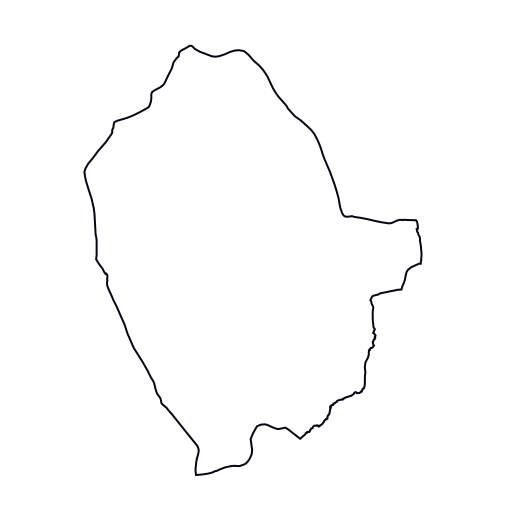 Kham Sakaesaeng, Nakhon Ratchasima, Thailand, rotated 266°
{"feature_id": "78962969B43347234276039", "entity_name": "Kham Sakaesaeng", "entity_type": "district", "adm_level": 2, "iso_a3": "THA", "parent_name": "Thailand", "parent_adm1": "Nakhon Ratchasima", "projection": "mercator", "projection_center": [102.11, 15.372], "detail": "fine", "context": "isolated", "style": "outline", "palette": "ink", "viewbox_px": 512, "rotation_deg": 266, "n_neighbors": 0, "source": "geoboundaries", "source_scale": "gbopen_adm2", "svg_char_len": 5902}
<svg xmlns="http://www.w3.org/2000/svg" viewBox="0 0 512 512"><g transform="rotate(266 256 256)"><path d="M461.2,258.3L462.0,255.4L462.4,253.7L462.5,251.7L462.5,250.5L462.3,248.0L461.9,246.9L461.4,244.3L459.4,239.0L458.0,233.5L457.7,231.2L457.7,228.8L458.4,225.7L463.5,214.6L466.7,209.6L469.5,207.2L470.2,206.1L470.3,204.4L468.7,201.4L466.1,195.5L464.4,193.5L464.0,193.6L463.5,193.5L460.3,192.6L460.1,192.4L459.9,191.9L459.3,191.0L455.0,187.3L448.8,185.0L441.2,180.4L435.4,177.2L433.7,176.0L432.6,174.7L430.8,171.9L428.4,166.4L426.9,163.9L425.6,163.2L424.5,162.8L422.0,162.7L419.5,162.4L417.0,161.8L413.1,160.1L412.2,159.5L411.2,157.9L407.7,150.4L404.8,143.2L403.4,139.0L402.5,135.8L400.7,127.5L399.8,124.9L399.5,124.3L398.4,123.6L396.8,123.2L393.8,122.6L392.1,121.5L390.7,121.2L389.3,121.2L387.9,120.5L379.8,113.9L372.1,106.1L366.2,101.1L359.7,95.0L355.4,92.1L352.2,90.7L346.2,91.1L341.9,91.8L333.4,93.8L324.5,96.0L314.9,97.5L309.4,97.8L295.1,97.6L288.5,97.5L286.5,97.9L282.5,98.1L268.2,97.1L263.9,96.3L259.7,98.4L254.1,102.0L251.4,103.1L250.9,103.3L249.7,104.0L249.1,104.2L249.0,104.5L249.0,105.2L248.9,105.2L248.0,105.3L247.9,105.4L247.9,106.2L247.7,106.3L245.8,106.4L244.8,106.1L243.6,105.9L242.3,106.1L241.3,105.9L240.5,105.6L239.9,105.5L237.3,105.5L236.9,105.5L233.5,106.5L226.3,109.2L221.4,110.9L216.7,112.9L197.1,120.0L187.6,122.4L172.7,127.7L158.0,135.6L148.2,140.3L144.8,141.6L141.7,142.9L138.5,144.7L136.4,145.5L131.3,146.3L125.8,147.6L120.8,150.7L118.8,151.1L115.8,151.4L114.2,152.6L110.8,156.2L108.9,157.4L103.3,161.6L84.9,174.3L70.6,184.3L68.4,185.0L66.5,185.3L65.4,185.2L64.1,185.0L58.3,183.0L55.0,182.1L47.6,180.8L45.4,180.7L41.7,180.9L41.8,187.1L42.2,192.3L42.7,195.8L43.4,198.3L44.1,199.7L44.6,202.6L45.4,204.3L46.0,206.1L47.2,210.2L47.9,214.4L47.9,214.8L48.2,216.9L48.2,219.0L48.2,220.1L47.7,223.0L47.6,224.4L47.6,225.2L48.9,229.6L49.5,231.0L50.4,232.2L51.6,233.5L53.7,235.2L55.5,236.3L57.4,237.3L58.5,237.8L60.6,238.3L61.9,238.5L63.8,238.6L65.9,238.4L69.3,238.2L73.9,237.9L79.4,240.7L85.2,244.5L86.0,245.1L87.1,248.0L87.3,248.9L87.5,250.2L87.4,252.1L87.5,253.2L87.4,253.4L86.7,255.5L84.4,259.7L82.7,263.2L82.0,265.2L81.9,265.8L81.9,266.7L82.1,269.1L82.7,272.7L82.7,273.2L82.4,273.7L80.8,276.0L70.8,287.1L70.6,287.3L70.7,287.6L72.8,290.0L74.1,292.1L76.1,293.6L76.1,293.8L76.0,294.3L76.1,294.5L76.7,294.7L76.9,294.8L76.7,296.7L76.8,297.0L77.0,297.2L77.7,297.4L77.9,297.6L78.5,297.8L79.1,298.5L79.9,298.9L80.3,299.5L80.2,300.1L80.3,300.3L80.8,300.7L81.6,301.0L82.1,301.4L82.3,301.8L82.5,302.1L82.7,302.8L82.4,304.6L82.5,304.8L82.8,305.0L82.7,305.9L82.4,306.3L82.2,306.4L81.6,306.4L81.5,306.5L81.5,307.1L81.7,307.5L82.2,307.7L82.3,307.8L82.9,308.8L83.4,309.9L84.0,310.6L84.9,311.3L86.1,312.4L86.9,312.6L87.3,313.0L87.9,314.3L88.5,314.5L88.7,315.4L88.6,315.7L88.6,315.8L89.1,316.0L89.5,315.8L90.1,315.8L90.3,316.1L92.0,316.7L92.3,317.4L93.3,317.9L93.8,318.4L94.8,318.5L97.3,319.2L98.4,319.3L98.9,319.9L99.3,320.1L99.8,320.1L100.2,320.1L100.3,319.9L100.3,319.4L100.6,319.4L101.0,319.8L101.1,320.4L101.8,320.7L102.0,321.0L102.0,321.3L101.8,321.8L101.8,322.0L102.2,322.3L102.2,322.7L102.7,322.9L103.3,322.9L103.5,323.0L103.6,323.8L103.5,324.2L103.6,324.4L104.4,325.1L104.5,325.5L104.8,326.3L105.4,326.5L106.0,327.2L106.4,329.0L106.7,329.8L106.6,330.2L106.6,330.7L106.7,331.2L106.9,331.5L106.7,332.5L106.8,332.6L107.2,332.5L107.4,332.6L107.3,333.1L107.6,333.4L107.7,333.8L107.9,333.9L108.0,334.4L108.3,334.7L108.4,335.3L108.9,336.1L108.9,336.9L109.5,339.0L109.8,341.0L110.0,341.4L110.3,341.7L110.9,342.9L111.5,343.9L112.5,344.3L112.7,344.6L112.9,345.1L113.3,345.7L113.3,345.9L113.0,346.4L112.2,346.9L112.1,347.4L112.2,349.8L112.3,350.1L113.0,350.8L113.4,352.2L113.6,352.2L114.0,351.9L114.8,352.8L115.7,352.9L116.0,353.2L116.4,353.7L116.4,353.9L116.4,354.3L118.6,355.2L120.4,355.6L128.6,356.3L132.2,357.0L137.4,356.8L139.0,357.1L142.2,357.8L142.9,358.1L146.4,360.4L149.2,361.5L154.1,362.1L154.2,362.3L154.3,363.0L155.2,363.1L155.5,363.5L156.1,363.8L156.2,364.2L156.2,364.8L156.3,365.3L157.3,366.5L158.4,367.3L158.5,367.4L159.0,367.0L159.7,367.0L160.1,366.7L160.5,366.5L160.9,366.5L161.5,366.7L162.2,366.5L163.5,367.5L164.4,367.7L164.9,368.7L165.6,368.7L166.0,369.2L166.6,368.7L166.8,368.7L167.7,369.4L168.2,369.7L168.7,369.6L169.2,369.1L170.2,368.7L170.6,367.9L170.9,367.6L171.3,367.5L171.6,367.6L172.3,368.3L173.5,368.7L174.0,369.2L174.7,369.4L175.3,369.2L176.1,368.5L176.7,368.3L183.4,368.0L185.5,368.1L192.0,368.5L194.3,368.9L196.0,369.4L197.7,369.2L199.8,368.2L200.5,368.0L202.5,367.8L203.0,367.6L203.8,367.0L204.0,367.0L206.6,368.5L207.2,368.9L208.0,369.7L208.8,373.5L208.9,374.6L209.1,375.2L210.1,377.4L212.4,395.1L212.4,398.8L215.4,399.8L218.5,401.5L221.7,402.8L227.2,404.3L229.5,405.1L231.2,406.3L232.2,407.4L233.7,409.7L234.6,411.6L237.0,418.3L236.8,419.8L239.9,420.4L246.3,421.3L251.0,421.2L253.8,421.2L260.5,420.6L261.5,420.8L262.6,420.8L263.9,420.5L265.4,419.7L268.2,419.1L268.8,418.6L269.0,418.5L271.7,418.1L271.9,418.2L271.9,419.3L273.4,419.5L276.0,419.4L279.2,419.0L279.3,418.8L279.6,418.5L280.1,418.3L280.6,418.0L280.6,417.1L280.8,415.5L281.2,410.6L281.5,408.1L281.8,407.2L281.7,406.0L281.7,405.5L281.5,405.0L281.8,404.5L281.9,403.9L281.9,402.7L282.1,402.1L281.5,399.2L280.1,395.4L279.4,393.4L279.3,392.1L279.3,390.5L280.0,387.7L280.9,383.5L282.7,377.1L284.6,371.1L286.7,363.4L287.8,358.3L288.2,356.6L289.0,354.7L289.0,354.0L288.8,350.2L288.9,349.1L288.9,348.3L289.8,346.8L291.0,345.8L292.9,344.9L298.0,343.5L299.2,343.3L307.8,342.4L314.5,341.1L322.4,339.2L329.1,337.3L335.0,335.6L342.4,333.0L347.6,331.2L352.6,329.7L359.5,328.1L367.1,325.6L373.7,322.7L377.5,320.1L379.4,318.5L385.1,313.1L387.9,310.4L392.1,305.3L393.1,304.2L401.0,298.0L402.7,297.4L404.1,296.6L409.0,292.9L413.2,289.6L418.6,286.4L422.2,284.6L433.8,280.1L436.9,278.5L441.2,276.0L446.1,272.2L449.8,268.4L451.2,267.1L456.7,263.0L458.6,261.2L461.2,258.3Z" fill="none" stroke="#020617" stroke-width="2"/></g></svg>